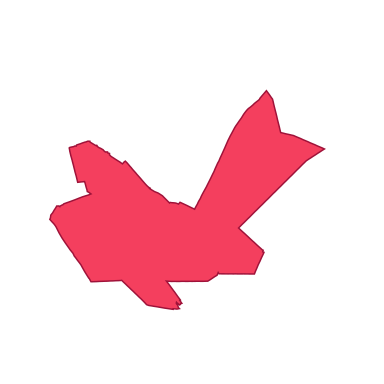 Coyotepec, México, Mexico, rotated 148°
{"feature_id": "50627088B26424362645018", "entity_name": "Coyotepec", "entity_type": "district", "adm_level": 2, "iso_a3": "MEX", "parent_name": "Mexico", "parent_adm1": "México", "projection": "orthographic", "projection_center": [-99.22, 19.786], "detail": "fine", "context": "isolated", "style": "filled", "palette": "rose", "viewbox_px": 384, "rotation_deg": 148, "n_neighbors": 0, "source": "geoboundaries", "source_scale": "gbopen_adm2", "svg_char_len": 5965}
<svg xmlns="http://www.w3.org/2000/svg" viewBox="0 0 384 384"><g transform="rotate(148 192 192)"><path d="M252.0,288.2L251.7,289.2L252.5,289.6L253.0,290.1L253.4,290.3L254.3,290.5L255.3,290.6L256.2,291.0L259.1,291.7L261.2,292.1L264.0,292.8L264.9,293.0L265.2,292.9L265.4,292.8L265.7,292.6L266.0,292.3L266.5,292.7L267.0,293.1L267.5,293.2L267.8,293.1L268.1,293.2L268.7,293.3L269.1,293.5L269.8,293.8L270.4,294.0L270.8,294.1L271.4,294.4L271.9,294.5L272.4,294.6L272.7,294.5L272.9,294.1L273.1,293.7L273.2,293.3L273.6,292.3L273.9,291.7L275.2,287.9L275.6,286.7L275.9,285.6L276.0,285.2L276.2,284.6L277.1,281.5L277.2,281.4L277.6,280.1L278.4,277.5L278.7,276.6L279.0,275.6L279.2,275.2L279.3,274.8L279.6,273.8L280.0,272.6L280.4,271.5L280.5,271.2L280.8,270.2L280.9,269.9L281.0,269.4L281.1,269.1L281.3,268.6L281.7,267.0L281.9,266.5L283.8,260.8L280.7,259.3L279.3,258.6L278.6,258.2L278.4,258.2L277.9,257.9L277.6,257.8L278.0,256.1L279.3,251.9L279.9,249.6L280.6,247.8L280.2,247.3L280.0,247.0L279.4,245.7L278.7,243.9L279.4,244.0L280.5,244.2L281.3,244.3L285.0,245.3L287.7,246.0L289.4,246.3L290.8,246.6L292.5,246.9L295.8,247.5L299.1,248.2L301.5,248.7L306.4,249.8L306.9,249.9L307.5,249.8L308.1,249.6L308.6,249.7L308.9,249.8L310.6,249.9L311.5,250.0L311.7,249.9L311.9,249.7L312.2,250.3L312.3,250.7L314.2,251.8L314.7,251.5L315.2,251.2L316.6,250.5L318.4,249.7L321.0,248.3L321.7,248.0L322.4,247.8L323.6,247.4L324.1,247.1L325.5,245.4L325.9,245.0L326.3,244.6L326.7,244.4L327.0,244.3L327.1,244.2L326.5,240.6L326.1,238.7L325.9,237.2L325.8,235.7L325.8,234.7L325.8,234.1L326.1,231.0L326.4,227.8L326.5,224.8L326.6,221.8L326.5,218.6L326.4,215.5L326.2,212.2L326.0,207.8L325.5,203.6L325.4,203.1L325.6,201.6L325.8,199.8L325.6,198.6L325.5,197.6L325.3,194.7L325.0,191.8L324.8,189.2L325.0,185.4L325.2,181.4L325.2,178.8L325.2,176.2L325.2,173.6L325.0,173.4L325.0,173.1L325.2,169.7L325.2,169.4L322.8,168.0L320.4,166.6L318.0,165.3L315.6,163.9L313.3,162.6L310.9,161.2L308.5,159.9L306.1,158.5L303.7,157.2L301.3,155.8L298.9,154.5L298.4,154.3L297.8,151.7L297.1,149.1L296.5,146.6L295.8,144.0L295.2,141.4L294.5,138.9L293.9,136.3L293.2,133.7L292.6,131.1L291.9,128.6L291.3,126.0L290.7,123.2L290.2,120.5L288.7,118.6L286.7,116.9L284.7,115.1L282.7,113.4L280.7,111.6L278.8,109.9L276.8,108.1L274.8,106.4L271.4,103.5L270.1,102.4L269.8,102.6L269.7,102.9L267.2,101.0L266.9,100.7L264.5,99.8L264.7,100.6L264.7,101.4L264.7,101.6L264.1,103.6L264.2,104.2L264.3,104.6L264.4,105.5L264.3,105.8L264.0,106.3L263.6,106.7L263.5,106.1L263.1,105.2L262.8,104.1L262.4,102.8L261.8,102.8L261.5,102.8L261.2,102.9L261.0,103.2L260.8,103.4L260.3,103.2L259.6,103.0L259.8,106.7L259.1,106.6L259.3,109.0L259.5,111.4L259.5,111.9L259.7,115.1L259.8,117.1L259.9,117.4L260.0,119.0L260.3,122.9L260.3,123.0L260.6,126.6L260.8,129.1L260.9,130.0L256.9,127.1L254.6,125.7L252.4,124.3L250.2,122.9L247.9,121.6L245.7,120.2L243.5,118.8L241.2,117.4L239.0,116.0L236.8,114.7L234.5,113.3L232.3,111.9L230.1,110.5L225.8,108.0L225.7,108.0L222.8,108.0L220.0,108.1L217.2,108.2L214.9,108.1L212.5,109.8L212.5,108.7L212.4,108.3L209.9,106.7L207.4,105.1L204.9,103.5L202.3,101.9L199.8,100.3L199.6,100.2L198.4,99.5L196.2,98.0L193.9,96.6L191.6,95.2L189.3,93.7L187.1,92.3L184.8,90.8L182.5,89.4L180.1,91.2L177.6,92.9L175.1,94.7L174.1,95.4L173.6,95.7L173.4,95.8L172.5,96.4L172.2,96.6L171.3,97.1L170.3,97.8L167.8,99.5L165.3,101.1L163.0,102.6L162.9,102.7L163.8,103.8L162.5,104.9L163.0,105.6L164.0,109.1L165.0,112.6L165.2,113.4L165.8,115.6L165.8,115.8L166.6,118.4L167.3,121.0L168.0,123.7L168.7,126.3L169.4,128.9L170.2,131.6L170.9,134.2L171.6,136.8L169.1,137.4L166.6,138.0L164.1,138.5L161.5,139.1L159.0,139.7L156.5,140.2L154.0,140.8L151.5,141.4L149.0,142.0L146.5,142.5L144.0,143.1L141.4,143.7L138.9,144.2L136.4,144.8L133.9,145.4L131.4,145.9L128.9,146.5L126.4,147.1L123.9,147.7L121.3,148.2L118.8,148.8L116.3,149.4L113.8,149.9L111.3,150.5L108.8,151.1L106.3,151.6L103.8,152.2L101.3,152.8L98.7,153.3L96.2,153.9L93.7,154.5L91.2,155.1L88.7,155.6L86.2,156.2L83.7,156.8L81.2,157.3L78.6,157.9L75.9,158.0L73.2,158.0L70.5,158.1L67.8,158.1L65.0,158.2L62.3,158.2L59.6,158.3L56.9,158.3L58.3,160.5L59.8,162.6L61.3,164.7L62.7,166.9L64.2,169.0L65.7,171.1L67.1,173.3L68.6,175.4L70.1,177.5L71.5,179.7L73.0,181.8L74.5,183.9L75.9,186.0L77.8,187.9L79.7,189.8L81.6,191.6L83.4,193.5L85.3,195.4L84.4,198.2L83.5,200.8L82.7,203.3L81.9,205.8L81.1,208.3L80.2,210.8L79.4,213.2L78.6,215.7L77.8,218.2L77.0,220.7L76.2,223.1L75.3,225.6L74.5,228.1L74.7,230.7L74.8,233.3L75.0,235.9L75.2,238.5L78.4,237.5L81.6,236.5L84.7,235.5L85.8,234.8L87.6,234.5L88.8,234.4L90.7,234.2L92.3,234.0L93.5,233.7L94.5,233.5L95.8,233.3L97.2,233.1L98.3,233.0L99.9,232.9L101.2,232.6L102.6,232.2L105.1,231.3L107.1,230.5L110.9,228.6L114.6,227.1L117.1,226.0L119.5,225.0L121.6,224.0L126.6,221.1L129.8,219.3L134.2,216.6L138.0,214.0L140.9,212.0L146.6,208.2L150.0,206.0L152.8,204.0L154.9,202.9L160.3,199.3L162.5,197.7L165.0,196.2L169.6,193.3L174.7,190.2L177.3,188.6L182.4,185.8L185.0,184.3L186.8,183.2L188.0,182.3L189.3,181.6L190.9,180.8L192.4,179.9L194.0,178.8L195.4,178.1L198.2,176.5L198.9,176.0L201.3,179.8L203.6,183.5L207.6,189.6L209.8,188.9L210.7,190.1L211.6,191.2L212.7,192.1L214.6,193.5L215.5,194.2L216.0,194.7L216.9,194.6L217.1,195.6L217.6,197.8L218.9,203.6L218.9,203.8L219.1,204.5L219.4,205.2L219.6,205.6L220.7,207.9L221.4,209.3L222.4,210.6L223.4,212.0L224.0,213.0L224.4,213.9L225.2,215.4L225.8,216.7L226.1,217.4L225.5,217.5L225.6,217.8L226.0,218.3L226.3,219.2L226.6,220.1L226.9,221.3L227.3,223.3L227.6,225.1L228.1,228.3L228.4,230.5L229.1,234.6L229.4,236.3L229.6,238.0L230.4,242.6L230.7,245.2L230.9,246.1L231.4,249.6L231.7,251.5L232.2,253.4L232.2,253.5L232.8,253.5L233.4,253.5L236.0,252.7L236.6,253.9L237.1,255.3L238.3,257.7L239.5,260.2L240.6,262.6L241.8,265.1L242.0,266.0L242.2,266.9L242.3,267.2L241.5,268.4L242.7,269.7L242.4,270.7L244.3,271.9L244.9,273.8L245.0,274.9L246.4,277.6L247.3,278.7L247.9,280.2L248.1,280.6L248.3,281.3L247.9,281.8L248.2,282.2L249.0,282.4L251.7,287.7L252.0,288.2Z" fill="#f43f5e" stroke="#9f1239" stroke-width="1.5"/></g></svg>